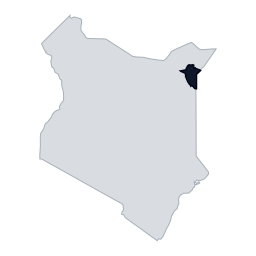 Mandera South, North-Eastern, Kenya shown in context
{"feature_id": "3690345B27349371945501", "entity_name": "Mandera South", "entity_type": "district", "adm_level": 2, "iso_a3": "KEN", "parent_name": "Kenya", "parent_adm1": "North-Eastern", "projection": "mercator", "projection_center": [40.637, 2.72], "detail": "fine", "context": "in_parent", "style": "filled", "palette": "ink", "viewbox_px": 256, "rotation_deg": 0, "n_neighbors": 0, "source": "geoboundaries", "source_scale": "gbopen_adm2", "svg_char_len": 5376}
<svg xmlns="http://www.w3.org/2000/svg" viewBox="0 0 256 256"><path d="M39.9,159.0L39.8,155.2L40.4,145.7L40.3,137.2L40.8,133.0L42.8,130.4L43.8,128.4L44.5,125.7L45.6,123.5L48.0,121.7L48.5,120.7L51.1,117.7L52.7,113.8L53.9,112.5L55.3,111.3L56.4,110.7L58.1,110.0L59.4,109.7L59.7,109.4L59.8,108.8L59.3,106.4L59.9,105.6L60.8,104.0L61.9,102.5L62.8,101.5L63.3,100.6L63.6,98.9L63.6,97.7L63.6,95.7L63.3,91.3L62.2,87.6L61.5,83.4L62.0,82.1L61.2,79.6L60.7,79.5L60.0,79.0L59.1,76.7L58.4,74.6L58.0,74.1L55.0,72.2L53.6,67.9L51.9,67.0L51.0,62.7L50.8,61.4L51.8,57.2L51.7,56.2L50.7,55.3L47.9,54.3L45.7,52.6L46.0,52.0L46.1,51.3L44.9,50.9L41.5,43.6L45.9,39.2L50.4,34.7L56.2,29.0L61.4,23.9L66.0,19.4L70.0,15.4L69.9,16.1L70.0,17.1L70.5,17.8L71.3,18.2L72.5,17.7L73.5,17.1L74.5,17.0L80.6,18.7L81.6,20.1L81.5,21.7L81.8,22.8L81.3,23.9L80.8,27.4L81.0,30.5L82.8,32.9L84.4,34.7L85.7,37.3L86.7,38.1L88.0,38.5L92.2,38.6L98.4,38.8L104.4,38.9L104.9,39.0L106.2,39.3L111.7,42.8L116.7,46.0L121.0,48.8L125.1,51.4L129.2,54.0L132.3,56.2L135.4,56.9L140.4,57.2L143.8,57.3L147.0,58.2L151.8,59.1L155.3,59.5L157.5,60.0L163.4,60.5L164.4,60.2L167.0,57.8L169.9,53.9L171.1,51.7L174.9,49.6L181.5,46.6L186.2,44.5L191.5,42.4L193.8,44.2L197.1,47.2L198.6,48.6L199.8,49.3L201.5,49.7L203.7,49.7L204.9,49.6L207.3,49.3L213.0,48.9L216.2,48.9L213.5,52.8L210.2,57.5L204.2,66.1L199.6,70.6L196.2,74.1L195.9,74.7L195.9,78.5L195.9,87.8L196.0,106.4L196.1,125.0L196.1,143.7L196.2,153.0L196.2,156.1L199.2,160.0L202.2,163.8L206.1,168.9L208.2,171.6L208.5,172.5L208.4,174.3L205.2,178.1L202.6,179.8L199.0,180.7L198.0,180.5L196.6,180.0L196.0,180.9L195.6,182.3L194.8,182.0L194.2,181.6L194.6,184.1L194.9,185.3L194.4,187.0L192.7,188.5L192.5,189.7L188.8,193.0L183.5,193.3L180.7,195.0L179.5,196.3L178.5,199.2L178.9,203.6L177.4,207.0L177.1,208.7L174.4,210.9L173.2,213.0L172.3,215.0L171.5,215.9L170.6,220.6L169.3,223.4L169.0,224.3L168.6,225.2L167.6,226.8L167.0,227.9L166.5,228.7L163.3,235.9L160.8,239.2L158.8,238.8L157.5,240.0L157.4,240.6L156.7,240.3L155.0,239.1L151.6,236.7L148.2,234.2L144.9,231.8L141.5,229.3L138.1,226.9L134.7,224.4L131.3,222.0L127.9,219.5L125.9,218.1L125.0,217.2L124.3,215.6L124.0,215.1L123.1,214.6L122.0,214.5L121.7,214.2L121.7,213.4L122.1,212.2L123.4,209.9L123.5,208.6L123.2,207.1L122.9,204.7L122.5,204.2L120.3,202.9L115.6,200.3L110.9,197.7L106.1,195.0L101.4,192.4L96.7,189.8L92.0,187.1L87.3,184.5L82.6,181.9L77.9,179.2L73.2,176.6L68.5,174.0L63.8,171.3L59.1,168.7L54.4,166.1L49.6,163.5L44.9,160.8L43.2,159.8L41.6,159.0L39.9,159.0ZM196.5,184.6L195.7,184.8L196.1,183.5L198.6,181.9L199.5,182.2L199.7,182.6L199.7,182.9L199.3,183.3L196.5,184.6Z" fill="#d9dde1" stroke="#a8b0b8" stroke-width="1"/><path d="M195.3,67.9L195.0,67.9L194.9,68.1L194.8,68.3L194.7,68.4L194.6,68.5L194.4,68.5L194.1,68.5L194.1,68.4L194.1,68.2L194.0,67.9L193.9,67.7L193.8,67.3L193.8,66.9L193.7,66.7L193.7,66.4L193.6,66.2L193.7,65.9L193.7,65.7L193.7,65.4L193.7,65.1L193.4,65.0L193.2,64.9L192.9,64.9L192.8,65.0L192.7,65.0L192.4,64.9L192.3,64.7L192.2,64.7L192.0,64.8L191.9,64.9L191.7,65.0L191.3,65.1L191.1,65.1L190.9,65.2L190.6,65.0L190.4,65.1L190.3,65.3L190.3,65.5L190.2,65.6L190.1,65.4L190.0,65.1L189.9,65.0L189.7,64.9L189.3,64.9L189.2,64.9L188.9,64.9L188.6,65.0L188.4,65.2L188.3,65.3L188.2,65.4L188.1,65.5L187.9,65.6L187.7,65.8L187.6,66.0L187.4,66.2L187.3,66.4L187.3,66.5L187.2,66.8L187.1,67.1L187.1,67.3L186.9,67.4L186.8,67.5L186.7,67.6L186.7,67.8L186.6,68.0L186.4,68.2L186.3,68.5L186.2,69.0L186.1,69.3L186.0,69.6L185.9,69.7L185.8,69.9L185.7,70.0L185.4,70.0L185.2,70.1L184.9,70.1L184.6,70.1L184.4,70.1L184.2,70.1L183.9,70.2L183.7,70.3L183.4,70.4L183.2,70.4L182.9,70.4L182.7,70.5L182.4,70.6L182.2,70.6L181.9,70.6L181.7,70.7L181.6,70.8L181.4,70.9L181.2,70.8L180.9,70.9L180.7,70.9L180.6,71.0L180.4,71.0L180.5,71.1L181.9,71.8L183.0,72.3L183.7,72.6L184.9,73.2L185.5,73.5L185.4,73.5L185.5,73.6L185.5,73.8L185.5,74.0L185.6,74.3L185.5,74.5L185.7,74.8L185.5,75.0L185.6,75.3L185.8,75.3L185.9,75.5L186.0,75.5L186.0,75.8L186.0,76.0L186.0,76.3L185.9,76.4L185.8,76.6L185.7,76.7L185.6,76.8L185.7,77.0L185.8,77.1L186.0,77.2L186.0,77.3L186.1,77.5L186.2,77.8L186.2,78.0L186.3,78.1L186.4,78.3L186.5,78.5L186.6,78.8L186.6,79.0L186.7,79.3L186.8,79.5L186.9,79.8L187.0,80.0L187.2,80.3L187.3,80.4L187.3,80.5L187.4,80.8L187.4,81.0L187.6,81.2L187.7,81.3L187.8,81.4L187.7,81.5L187.8,81.7L187.9,81.8L187.9,82.0L188.0,82.1L188.1,82.3L188.2,82.5L188.3,82.6L188.5,82.7L188.5,82.8L188.7,83.0L188.8,83.1L189.0,83.1L189.2,83.3L189.2,83.6L189.3,83.7L189.3,83.8L189.2,83.9L189.3,84.0L189.5,84.2L189.5,84.4L189.7,84.5L189.8,84.5L190.0,84.7L190.1,84.8L190.3,85.0L190.4,85.3L190.5,85.5L190.9,85.7L190.9,85.8L191.0,85.7L191.3,85.7L191.6,85.7L191.8,85.8L191.9,86.0L192.1,86.1L192.3,86.2L192.6,86.2L192.8,86.2L192.9,86.3L193.0,86.3L193.1,86.5L193.3,86.6L193.5,86.9L193.6,87.1L193.7,87.3L193.7,87.5L194.1,87.9L194.4,88.1L194.5,88.2L194.9,88.5L195.2,88.7L195.4,88.8L195.6,88.8L195.9,88.8L196.1,88.8L196.1,88.7L196.3,88.7L196.5,88.7L196.5,88.1L196.5,87.7L196.5,87.3L196.5,86.9L196.5,86.6L196.5,86.2L196.5,85.9L196.5,85.5L196.5,85.1L196.5,84.7L196.5,84.0L196.5,83.6L196.5,82.6L196.5,81.7L196.5,80.7L196.5,80.1L196.5,79.8L196.5,78.8L196.5,78.1L196.5,77.9L196.5,77.0L196.5,76.2L196.5,75.1L196.5,74.4L196.7,74.2L197.6,73.3L198.6,72.4L199.5,71.5L200.4,70.7L200.6,70.4L199.9,70.0L198.3,69.4L196.3,68.7L195.8,68.5L195.6,68.4L195.5,68.2L195.3,68.1L195.3,67.9Z" fill="#0f172a" stroke="#020617" stroke-width="1.5"/></svg>